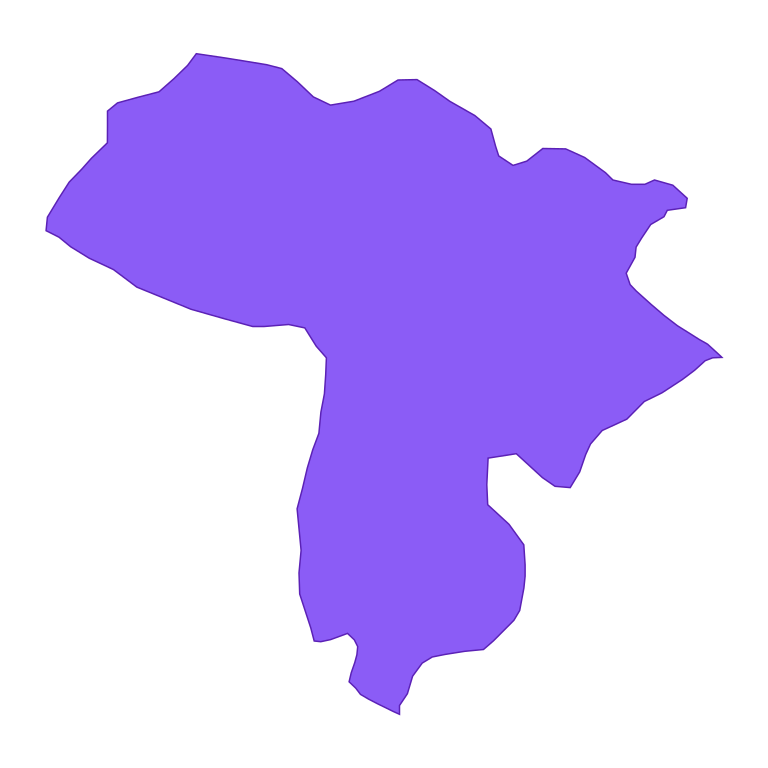 outline of Agstafa District, Ağstafa, Azerbaijan
{"feature_id": "54616110B36354954300290", "entity_name": "Agstafa District", "entity_type": "district", "adm_level": 2, "iso_a3": "AZE", "parent_name": "Azerbaijan", "parent_adm1": "Ağstafa", "projection": "albers", "projection_center": [45.48, 41.215], "detail": "fine", "context": "isolated", "style": "filled", "palette": "violet", "viewbox_px": 768, "rotation_deg": 0, "n_neighbors": 0, "source": "geoboundaries", "source_scale": "gbopen_adm2", "svg_char_len": 1764}
<svg xmlns="http://www.w3.org/2000/svg" viewBox="0 0 768 768"><path d="M721.9,357.4L720.7,356.2L707.6,344.2L699.3,339.5L677.4,325.7L664.0,315.4L651.0,304.3L636.2,291.0L630.1,284.6L626.2,273.2L635.0,257.3L636.1,247.1L641.6,238.1L650.7,224.5L664.0,216.7L667.3,210.3L685.6,207.7L687.2,198.3L672.8,185.2L654.5,180.0L644.9,184.3L631.5,184.3L612.9,180.0L605.5,172.7L584.7,157.5L565.7,148.9L542.8,148.5L526.8,161.1L513.0,165.4L498.7,155.9L495.6,146.3L490.9,129.0L474.9,115.6L449.8,101.3L435.1,90.9L417.0,79.6L398.0,80.0L379.4,91.3L353.9,101.2L330.5,105.1L313.3,96.9L297.3,81.7L281.8,68.6L266.7,64.7L226.1,58.1L196.3,53.7L187.6,65.4L173.8,78.8L159.0,91.8L137.8,97.3L117.5,102.9L107.5,111.1L107.5,125.4L107.4,142.8L91.4,158.3L81.8,169.1L69.2,182.1L59.2,197.7L47.4,217.2L46.1,230.3L46.1,230.7L59.0,237.2L70.7,246.8L89.2,258.2L113.5,269.6L136.8,287.1L191.1,309.3L224.9,318.9L252.7,326.5L264.2,326.5L288.6,324.5L304.8,327.9L316.3,346.3L326.4,357.8L325.7,374.8L324.4,393.9L320.9,412.2L318.9,433.3L312.8,449.6L307.3,468.0L302.5,488.4L297.1,508.8L301.1,550.4L299.0,572.9L299.7,594.0L310.8,628.0L314.2,641.0L317.9,641.4L320.8,641.7L330.6,639.6L347.5,633.4L354.3,639.8L357.7,646.6L356.9,654.7L354.8,662.5L351.2,672.9L349.1,681.8L355.7,688.1L360.5,694.4L368.7,699.2L377.4,703.7L393.1,711.4L399.5,714.3L399.5,705.5L407.4,693.7L412.6,676.2L422.2,663.1L432.2,657.0L445.2,654.4L464.8,651.3L483.5,649.5L493.5,640.8L513.9,620.3L519.7,610.5L523.9,588.0L525.1,576.2L525.1,564.8L523.8,544.8L509.0,524.3L487.7,504.7L486.8,484.7L488.1,458.1L516.3,453.7L542.4,477.6L555.0,486.3L570.2,487.6L579.7,471.9L585.7,454.5L590.5,444.0L602.2,430.5L626.9,419.1L644.3,401.5L662.0,392.8L682.5,379.4L694.7,370.2L705.2,360.7L712.7,357.8L721.9,357.4Z" fill="#8b5cf6" stroke="#5b21b6" stroke-width="1.5"/></svg>